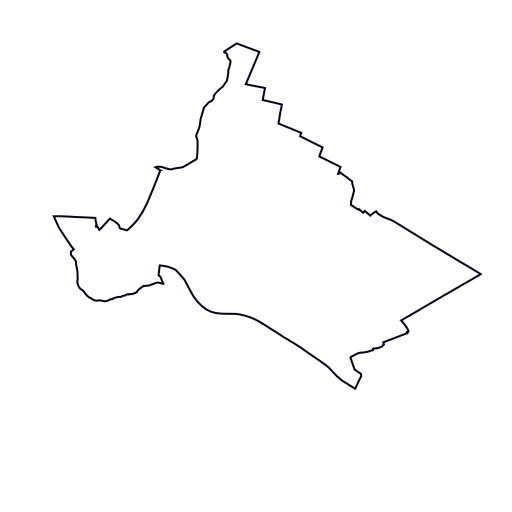 outline of Wageningen, Gelderland, Netherlands, rotated 46°
{"feature_id": "6326949B29880735882164", "entity_name": "Wageningen", "entity_type": "district", "adm_level": 2, "iso_a3": "NLD", "parent_name": "Netherlands", "parent_adm1": "Gelderland", "projection": "albers", "projection_center": [5.656, 51.969], "detail": "fine", "context": "isolated", "style": "outline", "palette": "ink", "viewbox_px": 512, "rotation_deg": 46, "n_neighbors": 0, "source": "geoboundaries", "source_scale": "gbopen_adm2", "svg_char_len": 5948}
<svg xmlns="http://www.w3.org/2000/svg" viewBox="0 0 512 512"><g transform="rotate(46 256 256)"><path d="M87.4,137.3L88.1,137.0L89.4,136.5L90.3,136.5L90.9,136.8L92.3,137.8L93.4,138.4L93.7,138.5L94.2,138.6L94.8,138.7L97.4,138.6L98.7,139.5L99.4,140.5L101.4,143.6L102.4,145.3L102.5,145.8L103.1,146.9L103.4,147.3L104.8,148.4L107.6,152.1L109.6,155.0L109.9,155.8L109.9,156.1L110.3,158.3L111.0,161.6L111.1,162.2L110.9,164.7L110.7,167.9L110.9,171.5L111.1,173.4L111.4,174.8L111.6,175.1L112.8,176.6L113.4,177.4L113.6,179.0L113.7,180.0L113.7,180.3L113.3,181.2L113.2,181.4L113.1,181.8L112.9,182.3L112.7,183.2L112.7,183.5L113.0,189.5L113.1,189.9L113.1,190.4L114.8,193.2L118.9,200.5L119.1,200.8L120.7,202.8L122.6,205.3L123.2,206.0L123.8,207.0L124.6,208.4L125.6,210.6L127.5,214.9L127.7,215.2L128.1,215.7L128.4,215.9L130.4,216.8L131.7,217.5L132.7,218.2L133.7,219.1L136.3,221.6L141.4,226.8L143.7,229.6L144.5,230.4L144.6,230.5L144.6,230.8L144.8,231.3L144.9,231.9L144.9,232.2L144.8,232.6L144.5,233.4L143.2,239.0L142.5,242.1L141.4,246.4L141.1,247.3L136.0,254.5L134.9,256.7L134.1,257.5L133.9,257.7L133.5,258.0L131.9,259.0L125.9,262.3L123.1,265.1L122.9,265.4L122.7,265.8L122.5,266.5L122.4,266.7L128.0,265.2L127.6,265.9L127.9,266.0L128.0,266.1L128.3,266.0L136.2,283.4L141.4,295.4L142.1,297.2L144.1,302.7L145.8,307.9L145.6,308.0L146.1,309.8L146.5,311.4L146.8,312.5L147.3,314.7L147.5,316.0L147.7,317.2L147.9,319.1L148.0,320.9L148.1,323.8L148.1,330.1L148.1,330.6L147.8,331.0L147.6,331.2L146.9,331.6L144.9,332.7L142.1,334.4L141.5,334.6L141.1,334.5L140.6,334.3L139.0,333.3L137.6,333.1L137.0,333.1L136.6,333.1L134.1,333.5L131.5,334.0L130.2,334.4L128.8,334.9L127.6,335.1L128.4,348.0L128.4,350.6L127.0,350.2L125.3,349.7L123.7,350.8L122.9,349.8L123.3,349.3L120.4,347.5L119.1,346.8L117.0,345.1L107.7,353.8L103.8,357.6L97.9,363.0L95.7,365.1L90.6,370.0L87.0,373.9L92.0,375.7L98.9,378.1L107.2,379.7L117.2,381.5L121.1,382.2L124.5,382.3L124.4,386.3L126.5,388.1L127.1,388.3L130.2,388.6L131.4,388.6L132.5,388.7L134.0,389.1L134.9,389.4L137.8,391.8L138.7,392.3L141.1,393.8L143.2,395.3L145.8,397.6L147.4,399.1L148.6,400.1L150.3,402.3L151.4,403.2L152.9,404.0L154.7,404.7L155.4,404.9L156.6,405.1L157.8,405.1L159.0,404.8L161.2,404.5L163.2,404.8L167.5,405.1L170.2,404.7L171.9,404.0L172.1,403.9L173.5,403.8L174.6,403.4L175.5,403.0L177.2,401.9L177.6,401.6L177.8,401.3L179.2,399.2L179.6,398.9L180.7,398.3L181.6,397.6L183.3,396.5L184.1,395.4L184.4,394.8L184.7,394.4L185.1,393.9L185.3,393.1L185.4,392.9L185.8,392.1L185.8,391.7L186.0,390.5L186.1,390.4L186.8,390.0L187.0,389.8L187.1,389.6L187.2,389.3L187.2,388.5L187.4,388.0L188.3,386.0L188.8,385.1L189.9,383.4L190.3,382.9L191.1,382.1L191.8,381.2L191.9,380.9L191.9,380.1L191.9,379.9L192.6,379.0L193.2,378.1L193.3,377.9L193.4,377.3L193.5,376.9L193.8,376.2L194.4,374.9L194.7,374.3L195.2,374.1L195.6,374.1L195.7,373.8L195.6,373.6L196.2,372.5L196.7,372.2L197.6,371.3L197.7,371.0L197.7,370.5L198.6,368.8L198.8,368.3L198.9,367.7L199.2,367.0L199.2,366.9L199.2,366.7L198.9,365.8L198.8,365.5L198.7,365.1L198.7,364.4L198.8,362.2L198.9,360.9L199.3,358.7L199.5,357.5L200.4,356.8L201.2,355.6L202.5,354.0L202.9,353.5L203.5,352.0L204.5,349.9L205.5,347.5L205.9,346.6L206.9,344.9L207.8,344.4L209.7,343.2L211.4,342.3L211.8,342.0L211.7,341.8L209.1,341.0L205.9,339.7L204.5,339.2L203.2,339.3L202.1,339.4L195.9,331.8L196.5,331.2L202.6,326.7L208.1,324.2L209.8,323.5L212.8,323.5L219.1,323.6L223.7,324.0L233.0,326.7L241.1,328.9L244.0,329.3L247.7,329.8L255.0,329.7L257.9,329.2L259.8,328.9L260.9,328.5L264.3,327.3L267.9,325.3L270.0,323.8L274.0,320.4L279.7,314.7L283.5,310.8L287.3,307.9L288.3,307.3L291.4,305.3L296.2,302.7L298.1,301.9L299.7,301.2L302.5,300.2L304.1,299.6L311.7,297.6L321.4,295.3L324.0,294.6L333.3,292.5L345.6,289.2L348.6,288.5L352.3,287.6L358.4,286.4L368.6,284.4L374.7,283.1L382.8,281.6L387.2,281.1L388.6,281.2L398.6,281.3L405.6,280.6L417.2,277.7L420.3,276.9L419.2,273.7L417.3,269.0L416.8,267.3L416.5,266.8L416.4,266.1L415.4,263.6L413.7,262.4L406.3,264.0L394.8,258.7L394.6,257.4L394.8,256.7L395.0,256.3L395.4,254.8L395.8,253.6L396.0,252.9L396.1,252.1L396.6,250.9L397.3,249.3L397.5,249.0L397.9,248.3L399.9,245.9L400.9,244.5L401.1,244.1L401.6,243.4L402.7,241.7L403.0,241.2L403.3,240.6L403.7,239.5L404.9,237.4L404.9,237.2L404.8,236.9L404.0,236.2L404.3,235.3L404.4,235.2L404.9,235.2L405.9,233.4L406.0,233.3L406.3,233.3L406.5,233.1L406.8,232.7L408.5,228.7L408.6,228.2L408.6,227.7L408.6,227.4L408.4,226.5L408.6,225.5L406.5,224.4L416.6,200.7L416.2,200.6L416.4,200.3L415.6,199.9L416.1,198.6L413.0,197.4L407.5,196.6L405.0,196.5L403.9,196.2L403.2,196.3L404.5,191.0L405.8,185.9L408.3,175.5L408.5,174.6L413.9,152.6L414.2,151.6L414.3,150.9L415.1,147.4L415.7,145.4L416.2,143.3L419.3,130.8L419.7,129.1L420.2,127.0L421.0,123.7L421.6,121.6L423.6,113.4L425.1,107.4L425.2,106.9L424.8,106.9L424.7,107.0L413.0,110.1L403.3,112.8L376.0,120.1L370.3,121.7L365.6,122.8L363.1,123.5L325.5,133.1L316.1,137.4L310.2,138.9L307.4,138.5L307.3,138.8L307.0,139.8L306.8,140.7L306.7,141.4L306.3,144.8L306.4,145.7L303.9,146.0L299.2,146.4L299.3,148.9L294.0,149.3L294.2,150.0L290.3,151.1L289.2,151.3L285.4,152.2L283.3,150.1L283.0,149.9L282.7,149.5L281.5,147.4L281.3,147.0L280.8,146.0L277.7,141.0L277.3,140.3L276.5,139.6L275.4,138.9L273.1,137.7L272.6,137.4L271.2,136.7L269.9,135.7L268.9,135.0L268.0,135.1L267.1,135.4L266.5,135.5L262.3,136.0L258.3,136.8L256.4,137.1L253.9,137.6L253.9,138.2L254.4,139.3L254.5,139.4L254.4,139.6L253.9,140.0L253.6,139.3L251.1,134.3L250.6,133.3L228.4,141.3L227.3,139.3L224.2,132.7L200.4,141.1L199.4,139.0L198.9,137.9L197.1,138.7L190.7,141.5L187.5,142.9L179.3,146.5L176.4,147.7L176.2,147.4L175.3,146.5L174.3,145.1L173.9,144.4L172.1,142.2L171.1,140.8L169.7,139.0L168.6,137.3L166.7,134.5L165.0,132.2L164.1,132.7L157.7,136.8L148.5,142.8L145.9,139.2L141.4,132.8L129.9,140.9L125.6,143.8L125.6,143.7L125.3,143.9L111.6,111.9L109.2,112.9L104.7,115.1L103.0,115.9L99.7,117.5L92.9,120.7L89.7,122.2L86.8,136.7L86.8,136.8L87.4,137.3Z" fill="none" stroke="#020617" stroke-width="2"/></g></svg>